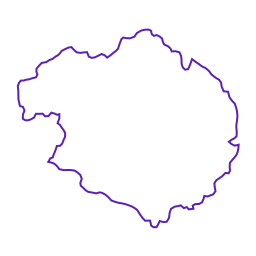 Ilicínea, Minas Gerais, Brazil, rotated 1°
{"feature_id": "56859067B59250677918244", "entity_name": "Ilicínea", "entity_type": "district", "adm_level": 2, "iso_a3": "BRA", "parent_name": "Brazil", "parent_adm1": "Minas Gerais", "projection": "natural_earth1", "projection_center": [-45.811, -20.936], "detail": "fine", "context": "isolated", "style": "outline", "palette": "violet", "viewbox_px": 256, "rotation_deg": 1, "n_neighbors": 0, "source": "geoboundaries", "source_scale": "gbopen_adm2", "svg_char_len": 2646}
<svg xmlns="http://www.w3.org/2000/svg" viewBox="0 0 256 256"><g transform="rotate(1 128 128)"><path d="M227.4,90.0L223.0,89.6L220.9,85.0L220.3,81.0L218.3,78.2L215.4,76.6L213.2,75.1L210.3,72.8L208.6,70.3L206.7,68.5L204.3,66.6L201.0,65.2L197.7,62.8L195.2,61.2L192.9,59.5L190.8,58.0L189.5,62.0L188.2,65.6L187.0,68.1L184.1,68.7L181.7,66.4L180.5,63.1L180.3,58.6L179.9,55.3L178.1,51.4L174.1,50.4L170.4,50.7L169.1,47.8L166.7,45.6L162.7,43.9L161.3,41.1L160.5,37.9L158.0,36.0L155.1,34.6L152.3,35.4L150.1,33.7L149.3,30.3L146.6,29.2L143.0,29.5L139.6,30.3L135.2,32.9L132.8,36.6L128.3,38.3L124.8,38.2L121.6,37.7L119.8,39.4L118.7,42.5L117.5,46.0L116.7,48.9L114.5,51.2L112.1,53.1L109.1,55.7L105.9,58.0L103.5,55.7L100.2,54.5L96.5,56.5L93.5,58.0L90.5,58.5L87.6,57.4L85.7,52.9L82.5,53.2L79.1,53.7L75.5,53.3L72.8,51.0L70.0,48.1L66.9,48.7L63.6,50.3L60.3,52.1L58.3,54.9L56.5,56.6L54.2,57.9L51.5,60.1L48.3,61.4L45.1,63.6L40.6,64.4L37.8,67.5L35.5,70.3L35.4,73.2L36.5,76.0L35.2,78.9L30.8,80.1L28.2,81.1L25.6,81.4L23.1,82.3L20.0,82.5L18.2,84.8L17.1,88.1L17.6,91.8L17.8,96.6L18.0,101.6L18.8,104.7L19.5,107.8L22.7,108.9L24.2,112.5L22.7,116.3L22.7,120.6L25.0,122.0L27.7,122.1L30.6,121.1L33.9,119.2L35.7,115.4L38.9,115.4L42.4,115.2L45.0,117.8L48.3,117.4L51.2,114.0L54.4,114.9L56.8,116.0L59.1,115.4L59.2,119.6L57.5,124.4L59.9,126.1L61.7,128.7L63.8,131.5L65.3,134.2L65.2,138.0L63.8,141.1L62.5,144.7L60.3,147.0L57.2,147.2L56.3,150.2L55.3,153.0L54.0,156.2L53.2,158.8L50.8,159.7L48.9,163.3L51.9,163.9L54.7,164.9L57.4,167.0L60.0,170.3L63.9,171.2L67.3,171.1L71.0,171.0L75.3,171.5L78.2,173.3L81.1,175.7L82.7,179.6L81.3,183.8L81.8,186.5L84.6,188.9L87.0,191.2L89.3,192.5L91.9,192.9L94.5,193.4L97.4,193.9L100.4,192.9L103.1,193.2L106.6,195.1L109.5,197.4L112.7,200.8L116.2,202.0L119.5,202.9L123.6,203.5L126.4,204.1L129.3,205.0L132.8,206.2L135.8,207.8L138.5,209.7L141.4,214.0L143.9,217.5L146.8,220.4L151.7,220.2L152.9,225.2L155.4,226.8L158.3,226.6L159.7,224.1L161.3,220.5L165.4,221.5L168.4,221.0L170.6,217.1L171.1,212.1L172.4,208.1L176.1,205.8L179.6,205.2L182.0,204.4L185.2,207.1L188.1,206.1L190.3,208.3L194.8,207.6L194.1,204.4L196.7,202.9L200.4,202.7L203.2,201.1L204.7,197.8L205.5,194.6L208.9,195.1L211.6,193.9L214.3,192.9L216.6,189.6L215.8,185.8L215.3,181.8L217.2,178.7L219.8,176.9L223.0,174.6L226.2,171.2L229.4,171.5L230.8,168.7L230.3,165.8L230.5,161.1L232.9,158.0L234.7,155.9L236.8,153.2L237.9,150.4L238.7,146.8L238.9,142.8L235.0,143.8L231.7,142.2L229.1,140.0L232.0,137.8L234.5,136.5L236.7,134.3L236.8,130.2L236.3,125.6L236.3,122.7L236.9,118.5L237.2,114.0L236.7,109.3L235.7,105.6L234.3,101.7L231.5,98.9L229.0,95.7L227.4,90.0Z" fill="none" stroke="#5b21b6" stroke-width="2"/></g></svg>